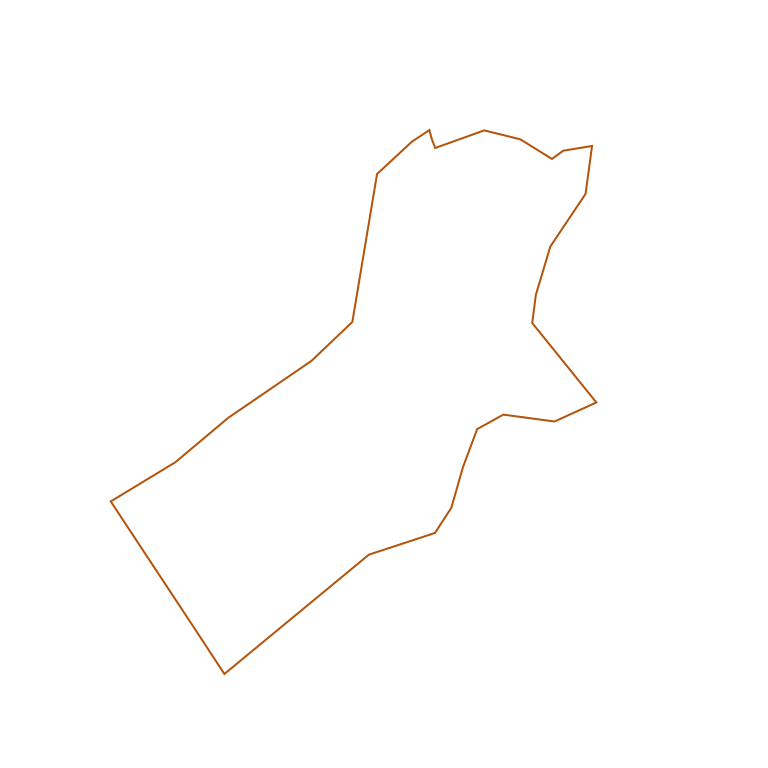 outline of Rubirizi, rotated 317°
{"feature_id": "UGA-5621", "entity_name": "Rubirizi", "entity_type": "District", "adm_level": 1, "iso_a3": "UGA", "parent_name": "Uganda", "parent_adm1": "", "projection": "orthographic", "projection_center": [30.01, -0.246], "detail": "fine", "context": "isolated", "style": "outline", "palette": "amber", "viewbox_px": 768, "rotation_deg": 317, "n_neighbors": 0, "source": "natural_earth", "source_scale": "10m", "svg_char_len": 556}
<svg xmlns="http://www.w3.org/2000/svg" viewBox="0 0 768 768"><g transform="rotate(317 384 384)"><path d="M69.5,487.2L76.1,448.8L78.9,432.6L94.2,341.8L99.8,308.7L104.1,283.5L178.0,298.9L247.0,302.5L346.7,317.6L403.2,317.0L522.1,225.7L569.6,225.8L590.4,229.2L586.0,237.5L582.4,246.3L630.2,266.8L650.6,298.1L660.3,333.9L674.2,335.6L698.5,351.8L661.1,382.4L599.4,396.9L555.8,422.4L534.0,440.5L526.7,542.3L483.1,527.7L450.4,487.8L421.4,480.5L385.0,498.7L348.7,520.5L319.7,527.7L256.6,498.5L69.5,487.2Z" fill="none" stroke="#b45309" stroke-width="2"/></g></svg>